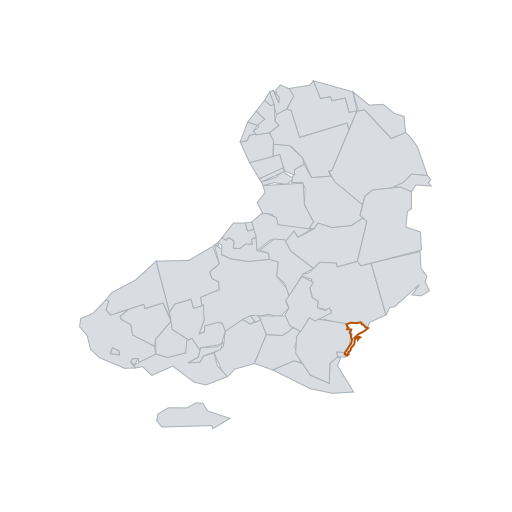 Eritrea highlighted on a map of Africa, rotated 74°
{"feature_id": "ERI", "entity_name": "Eritrea", "entity_type": "country or territory", "adm_level": 0, "iso_a3": "ERI", "parent_name": "Africa", "parent_adm1": "", "projection": "robinson", "projection_center": [39.36, 15.191], "detail": "coarse", "context": "in_parent", "style": "outline", "palette": "amber", "viewbox_px": 512, "rotation_deg": 74, "n_neighbors": 49, "source": "natural_earth", "source_scale": "50m", "svg_char_len": 10833}
<svg xmlns="http://www.w3.org/2000/svg" viewBox="0 0 512 512"><g transform="rotate(74 256 256)"><path d="M334.4,267.7L358.9,287.2L358.9,307.2L364.1,316.8L360.4,319.8L337.6,323.1L333.7,312.1L319.9,306.4L314.7,296.9L313.3,286.3L319.8,280.3L318.3,268.6L334.4,267.7Z" fill="#d9dde1" stroke="#a8b0b8" stroke-width="1"/><path d="M144.5,119.0L143.6,127.0L128.9,126.7L127.8,140.1L123.5,140.6L122.4,150.8L103.4,152.6L124.9,117.6L144.5,119.0Z" fill="#d9dde1" stroke="#a8b0b8" stroke-width="1"/><path d="M313.3,286.3L319.9,306.4L310.6,307.4L309.1,324.5L314.8,326.5L315.3,332.2L303.5,323.6L280.4,320.8L278.2,300.9L270.6,299.1L265.7,304.6L258.6,305.0L253.2,293.5L234.0,293.0L240.5,286.3L245.1,288.7L251.6,281.2L259.1,264.9L263.4,240.6L267.7,236.3L281.2,241.6L296.3,235.1L304.2,235.2L309.1,240.2L315.1,238.6L321.8,251.1L315.7,259.5L313.3,286.3Z" fill="#d9dde1" stroke="#a8b0b8" stroke-width="1"/><path d="M370.0,271.5L367.2,248.1L372.5,240.5L385.6,236.5L398.6,220.7L379.6,214.5L374.4,207.2L377.1,202.6L383.9,207.9L413.7,199.6L409.1,220.3L398.4,240.6L370.0,271.5Z" fill="#d9dde1" stroke="#a8b0b8" stroke-width="1"/><path d="M358.9,287.2L334.4,267.7L339.6,252.7L334.9,240.4L340.9,233.8L353.9,243.8L371.2,242.1L367.2,248.1L370.0,271.5L358.9,287.2Z" fill="#d9dde1" stroke="#a8b0b8" stroke-width="1"/><path d="M291.4,219.5L287.9,217.2L286.3,215.7L286.8,209.8L279.6,196.7L284.8,180.5L288.8,180.8L289.1,157.8L294.3,157.8L294.6,147.3L348.4,147.3L351.1,165.1L355.3,168.3L348.2,173.8L345.5,191.6L336.2,206.9L334.8,217.1L329.2,198.5L322.7,211.2L316.5,208.7L311.7,213.4L301.5,213.0L293.8,208.8L288.3,217.5L291.4,219.5Z" fill="#d9dde1" stroke="#a8b0b8" stroke-width="1"/><path d="M289.0,160.0L288.8,180.8L284.8,180.5L279.6,196.7L283.7,204.3L260.9,221.3L248.5,223.8L242.5,212.6L249.5,210.3L245.9,192.8L241.2,187.3L249.4,175.5L253.0,155.8L248.8,142.8L253.4,139.9L289.0,160.0Z" fill="#d9dde1" stroke="#a8b0b8" stroke-width="1"/><path d="M256.9,412.5L258.9,409.9L266.5,415.0L272.7,411.9L271.9,392.6L276.8,403.4L280.0,402.8L287.4,395.2L298.0,396.3L314.7,378.5L322.7,379.4L326.1,390.5L325.8,398.2L322.3,397.6L320.8,402.9L323.5,405.8L330.4,402.9L327.7,413.4L310.6,434.5L300.1,440.7L286.1,440.2L275.4,445.1L267.8,441.7L266.2,428.7L256.9,412.5ZM313.4,414.5L309.3,414.0L304.7,419.3L309.7,422.8L313.4,414.5Z" fill="#d9dde1" stroke="#a8b0b8" stroke-width="1"/><path d="M313.4,414.5L309.7,422.8L304.7,419.3L309.3,414.0L313.4,414.5Z" fill="#d9dde1" stroke="#a8b0b8" stroke-width="1"/><path d="M322.7,379.4L308.2,375.3L295.3,355.7L303.5,356.7L318.0,344.0L329.9,350.3L329.2,369.1L322.7,379.4Z" fill="#d9dde1" stroke="#a8b0b8" stroke-width="1"/><path d="M314.7,378.5L298.0,396.3L287.4,395.2L280.0,402.8L276.8,403.4L271.9,392.6L271.4,377.2L275.9,377.1L275.5,358.4L295.3,355.7L308.2,375.3L314.7,378.5Z" fill="#d9dde1" stroke="#a8b0b8" stroke-width="1"/><path d="M271.4,377.2L272.7,411.9L266.5,415.0L258.9,409.9L256.9,412.5L251.4,404.7L245.9,378.6L233.4,353.4L294.4,354.9L275.5,358.4L275.9,377.1L271.4,377.2Z" fill="#d9dde1" stroke="#a8b0b8" stroke-width="1"/><path d="M102.1,191.4L98.3,185.4L105.8,176.4L112.9,175.6L123.3,186.0L125.7,197.4L102.0,197.7L101.4,193.7L115.3,191.9L102.1,191.4Z" fill="#d9dde1" stroke="#a8b0b8" stroke-width="1"/><path d="M125.7,197.4L123.3,186.0L125.8,182.0L153.9,181.4L153.2,131.8L160.1,131.7L194.8,159.4L194.7,162.7L199.8,162.2L196.0,181.0L174.3,184.2L160.5,192.0L153.4,208.3L141.2,209.2L136.7,198.1L131.8,200.6L125.7,197.4Z" fill="#d9dde1" stroke="#a8b0b8" stroke-width="1"/><path d="M103.4,152.6L122.4,150.8L123.5,140.6L127.8,140.1L128.9,126.7L143.6,127.0L144.5,119.0L160.1,131.7L153.2,131.8L153.9,181.4L125.8,182.0L123.3,186.0L112.9,175.6L104.1,178.1L106.6,157.3L103.4,152.6Z" fill="#d9dde1" stroke="#a8b0b8" stroke-width="1"/><path d="M190.2,229.9L186.4,230.5L185.8,214.8L181.8,207.8L191.7,198.5L195.8,206.4L190.6,218.1L190.2,229.9Z" fill="#d9dde1" stroke="#a8b0b8" stroke-width="1"/><path d="M248.8,142.8L253.0,155.8L249.4,175.5L241.2,187.3L245.9,192.8L243.9,197.2L239.0,191.4L220.2,195.4L203.9,190.0L197.8,191.7L195.1,201.5L183.5,195.3L180.9,184.4L196.0,181.0L199.8,162.2L236.0,139.6L245.5,144.7L248.8,142.8Z" fill="#d9dde1" stroke="#a8b0b8" stroke-width="1"/><path d="M190.2,229.9L199.0,190.6L220.2,195.4L239.0,191.4L245.7,199.3L232.1,226.1L220.4,228.9L216.9,237.7L204.9,240.3L197.7,229.8L190.2,229.9Z" fill="#d9dde1" stroke="#a8b0b8" stroke-width="1"/><path d="M245.4,195.2L249.5,210.3L242.5,212.6L249.2,222.3L244.6,237.9L251.2,253.6L222.1,250.7L216.8,239.1L218.2,233.9L224.6,225.8L232.1,226.1L245.4,195.2Z" fill="#d9dde1" stroke="#a8b0b8" stroke-width="1"/><path d="M182.5,205.0L186.4,230.5L182.6,231.6L178.1,206.5L182.5,205.0Z" fill="#d9dde1" stroke="#a8b0b8" stroke-width="1"/><path d="M178.5,204.9L182.6,231.6L164.4,236.5L164.8,205.2L178.5,204.9Z" fill="#d9dde1" stroke="#a8b0b8" stroke-width="1"/><path d="M141.2,209.2L149.7,207.5L165.1,212.1L164.4,236.5L141.9,239.8L142.7,232.8L138.0,228.8L141.2,209.2Z" fill="#d9dde1" stroke="#a8b0b8" stroke-width="1"/><path d="M115.7,196.7L131.8,200.6L136.7,198.1L141.2,209.2L139.7,222.4L135.3,224.3L133.0,217.9L129.5,218.9L126.9,210.0L116.9,216.0L108.7,204.8L115.7,196.7Z" fill="#d9dde1" stroke="#a8b0b8" stroke-width="1"/><path d="M102.0,197.7L115.7,196.7L115.3,200.7L108.7,204.8L102.0,197.7Z" fill="#d9dde1" stroke="#a8b0b8" stroke-width="1"/><path d="M138.9,222.4L138.0,228.8L142.7,232.8L141.9,239.8L125.0,227.1L130.8,218.6L135.3,224.3L138.9,222.4Z" fill="#d9dde1" stroke="#a8b0b8" stroke-width="1"/><path d="M116.9,216.0L126.9,210.0L130.8,218.6L125.0,227.1L116.9,216.0Z" fill="#d9dde1" stroke="#a8b0b8" stroke-width="1"/><path d="M153.4,208.3L159.2,193.3L174.3,184.2L180.9,184.4L183.5,195.3L188.7,196.5L182.5,205.0L164.8,205.2L165.1,212.1L153.4,208.3Z" fill="#d9dde1" stroke="#a8b0b8" stroke-width="1"/><path d="M304.2,235.2L290.5,235.9L281.2,241.6L267.7,236.3L262.9,244.3L256.8,243.1L251.6,250.8L244.5,234.1L248.5,223.8L260.9,221.3L283.7,204.3L286.3,215.7L304.2,235.2Z" fill="#d9dde1" stroke="#a8b0b8" stroke-width="1"/><path d="M262.9,244.3L259.1,264.9L251.6,281.2L245.1,288.7L236.0,285.9L232.7,289.1L228.9,283.5L232.4,280.6L230.6,277.2L235.7,272.9L242.2,275.6L244.2,269.7L241.5,262.5L243.5,256.4L238.9,255.8L238.0,250.8L251.2,253.6L256.8,243.1L262.9,244.3Z" fill="#d9dde1" stroke="#a8b0b8" stroke-width="1"/><path d="M229.7,250.8L237.4,250.5L238.9,255.8L243.5,256.4L241.5,262.5L244.2,269.7L242.2,275.6L235.7,272.9L230.6,277.2L232.4,280.6L228.9,283.5L218.1,268.5L221.4,257.4L229.7,257.1L229.7,250.8Z" fill="#d9dde1" stroke="#a8b0b8" stroke-width="1"/><path d="M222.1,250.7L229.7,250.8L229.7,257.1L221.4,257.4L222.1,250.7Z" fill="#d9dde1" stroke="#a8b0b8" stroke-width="1"/><path d="M319.9,306.4L331.4,313.4L329.0,334.6L331.4,335.9L317.6,340.3L318.0,344.0L303.5,356.7L285.9,354.6L279.7,347.0L279.6,330.3L289.1,330.4L288.5,320.0L303.5,323.6L315.3,332.2L314.8,326.5L309.1,324.5L309.3,310.7L311.9,306.8L319.9,306.4Z" fill="#d9dde1" stroke="#a8b0b8" stroke-width="1"/><path d="M329.2,311.1L336.2,316.0L337.6,333.9L342.8,339.3L339.9,350.8L337.2,339.3L329.0,334.6L332.6,317.9L329.2,311.1Z" fill="#d9dde1" stroke="#a8b0b8" stroke-width="1"/><path d="M337.6,323.1L351.0,323.3L364.1,316.8L366.2,339.7L360.1,350.4L338.9,366.4L342.1,389.2L331.1,395.6L330.4,402.9L327.0,402.9L322.7,379.4L329.2,369.1L329.9,350.3L318.4,346.0L317.6,340.3L331.4,335.9L337.2,339.3L339.9,350.8L342.8,339.3L337.6,333.9L337.6,323.1Z" fill="#d9dde1" stroke="#a8b0b8" stroke-width="1"/><path d="M327.0,402.9L323.5,405.8L320.8,402.9L322.3,397.6L327.0,402.9Z" fill="#d9dde1" stroke="#a8b0b8" stroke-width="1"/><path d="M232.7,289.1L236.0,288.9L234.0,293.0L232.7,289.1ZM234.7,294.7L253.2,293.5L258.6,305.0L265.7,304.6L270.6,299.1L278.2,300.9L280.4,320.8L289.0,321.6L289.1,330.4L279.6,330.3L279.7,347.0L285.9,354.6L233.4,353.4L241.7,321.9L234.7,294.7Z" fill="#d9dde1" stroke="#a8b0b8" stroke-width="1"/><path d="M318.5,275.3L319.8,280.3L313.3,286.3L311.8,277.6L318.5,275.3Z" fill="#d9dde1" stroke="#a8b0b8" stroke-width="1"/><path d="M404.9,325.8L410.1,345.0L406.9,345.1L394.5,393.5L386.9,396.9L380.8,393.7L377.7,382.1L382.9,364.6L380.7,354.0L382.9,347.7L391.5,345.4L404.9,325.8Z" fill="#d9dde1" stroke="#a8b0b8" stroke-width="1"/><path d="M101.4,193.7L109.7,189.9L115.3,191.9L101.4,193.7Z" fill="#d9dde1" stroke="#a8b0b8" stroke-width="1"/><path d="M227.0,103.8L220.2,83.9L225.7,69.0L230.7,66.9L233.2,70.1L237.1,68.2L231.8,82.7L237.1,88.9L227.0,103.8Z" fill="#d9dde1" stroke="#a8b0b8" stroke-width="1"/><path d="M144.5,119.0L145.4,111.4L180.3,93.5L178.5,78.3L183.1,75.4L195.4,70.8L225.7,69.0L220.2,83.9L225.9,94.3L228.0,108.4L224.7,125.8L228.6,134.8L236.0,139.6L206.3,159.9L194.7,162.7L194.8,159.4L144.5,119.0Z" fill="#d9dde1" stroke="#a8b0b8" stroke-width="1"/><path d="M124.9,117.6L142.1,105.7L145.3,91.9L157.0,83.8L162.6,75.2L178.5,78.3L180.3,93.5L145.4,111.4L144.8,117.6L124.9,117.6Z" fill="#d9dde1" stroke="#a8b0b8" stroke-width="1"/><path d="M348.4,147.3L294.6,147.3L296.9,97.1L313.4,100.8L322.6,97.2L326.9,100.5L337.1,99.0L339.9,108.0L336.4,116.8L328.3,106.6L343.1,137.2L342.3,141.5L348.4,147.3Z" fill="#d9dde1" stroke="#a8b0b8" stroke-width="1"/><path d="M295.9,95.4L294.3,157.8L289.0,160.0L253.4,139.9L245.5,144.7L228.6,134.8L224.7,125.8L229.5,98.2L237.1,88.9L253.3,93.5L255.0,98.2L269.6,104.0L278.2,91.2L295.9,95.4Z" fill="#d9dde1" stroke="#a8b0b8" stroke-width="1"/><path d="M398.6,220.7L385.6,236.5L360.6,244.7L344.9,239.4L330.1,221.9L346.2,187.1L351.6,188.2L353.0,184.2L369.9,192.1L373.4,196.9L370.7,204.7L375.4,205.4L379.6,214.5L398.6,220.7Z" fill="#d9dde1" stroke="#a8b0b8" stroke-width="1"/><path d="M373.4,196.9L377.9,197.7L375.4,205.4L370.7,204.7L373.4,196.9Z" fill="#d9dde1" stroke="#a8b0b8" stroke-width="1"/><path d="M334.4,267.7L314.4,269.7L322.1,242.8L334.9,240.4L337.1,244.0L339.6,252.7L334.4,267.7Z" fill="#d9dde1" stroke="#a8b0b8" stroke-width="1"/><path d="M318.3,268.6L319.8,274.7L311.8,277.6L313.1,271.2L318.3,268.6Z" fill="#d9dde1" stroke="#a8b0b8" stroke-width="1"/><path d="M320.2,244.3L315.1,238.6L307.0,239.6L288.3,217.5L297.1,208.1L301.5,213.0L311.7,213.4L316.5,208.7L322.7,211.2L327.6,204.6L326.1,199.9L331.4,198.8L334.8,217.1L330.1,221.9L340.9,233.8L332.0,242.8L320.2,244.3Z" fill="#d9dde1" stroke="#a8b0b8" stroke-width="1"/><path d="M346.7,187.9L346.2,183.3L348.5,177.2L348.4,175.5L348.9,173.2L350.8,173.2L351.4,171.8L354.6,170.5L356.2,168.3L358.2,173.1L359.4,179.2L361.6,183.4L362.0,181.6L363.5,184.0L368.0,186.0L370.2,189.4L372.9,191.4L373.6,193.4L374.2,193.3L375.5,195.2L376.3,195.5L376.4,195.0L376.9,196.0L375.8,196.5L375.0,197.8L374.0,197.1L373.5,197.3L366.4,188.7L363.2,186.9L358.9,186.8L358.1,186.0L357.2,186.7L355.4,187.0L352.9,184.8L351.5,188.5L350.0,186.9L348.9,187.8L346.7,187.9ZM362.4,179.4L363.7,180.3L364.4,181.0L362.5,180.8L362.4,180.4L362.9,180.5L362.3,180.1L362.4,179.4ZM362.9,178.3L363.1,178.9L362.6,178.6L362.9,178.3Z" fill="none" stroke="#b45309" stroke-width="2"/></g></svg>